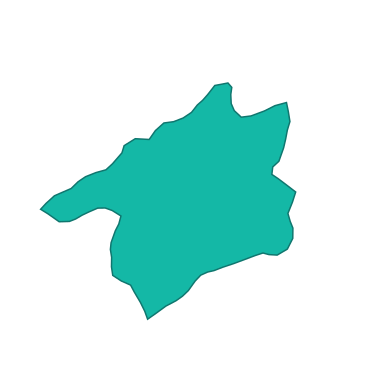 the district of Cândido Rodrigues, São Paulo, Brazil, rotated 37°
{"feature_id": "56859067B92304644979095", "entity_name": "Cândido Rodrigues", "entity_type": "district", "adm_level": 2, "iso_a3": "BRA", "parent_name": "Brazil", "parent_adm1": "São Paulo", "projection": "natural_earth1", "projection_center": [-48.632, -21.34], "detail": "fine", "context": "isolated", "style": "filled", "palette": "teal", "viewbox_px": 384, "rotation_deg": 37, "n_neighbors": 0, "source": "geoboundaries", "source_scale": "gbopen_adm2", "svg_char_len": 1228}
<svg xmlns="http://www.w3.org/2000/svg" viewBox="0 0 384 384"><g transform="rotate(37 192 192)"><path d="M298.0,191.1L302.5,180.2L300.4,168.4L294.3,160.1L288.0,156.3L281.5,151.4L278.3,139.6L274.8,129.6L262.4,129.5L252.6,129.5L245.2,129.9L241.4,123.4L242.9,115.2L238.6,101.6L235.0,93.5L230.9,85.2L227.8,76.8L220.4,69.7L213.6,63.7L206.3,73.1L201.0,83.8L193.3,95.8L186.3,102.6L176.8,101.6L170.1,97.8L164.3,90.8L160.8,84.5L155.1,83.3L150.6,88.3L146.1,93.2L145.9,105.0L145.3,112.5L143.9,119.3L143.7,128.7L140.4,138.2L135.0,146.9L128.0,153.8L125.8,165.0L126.2,175.8L114.6,183.6L109.9,195.8L112.5,202.9L111.5,217.4L109.9,226.1L103.6,234.3L97.8,243.8L94.9,252.2L93.4,261.9L89.2,269.3L84.4,277.8L82.3,288.9L81.5,296.9L90.2,296.1L103.8,295.7L111.8,289.3L115.3,283.6L118.2,276.6L121.7,269.9L126.4,261.6L132.3,257.0L139.4,254.8L149.7,253.9L152.8,261.6L154.1,269.1L157.9,281.2L161.4,287.0L167.2,292.6L172.7,300.2L178.9,306.3L189.2,305.6L199.0,303.3L206.3,306.7L217.2,311.2L226.1,315.7L233.1,320.3L236.6,309.4L239.8,298.8L244.7,288.4L247.1,280.9L248.4,273.0L248.1,261.3L249.0,253.2L252.6,246.6L256.9,241.5L261.8,233.6L268.5,223.9L280.9,204.4L285.4,198.0L291.1,195.7L298.0,191.1Z" fill="#14b8a6" stroke="#0f766e" stroke-width="1.5"/></g></svg>